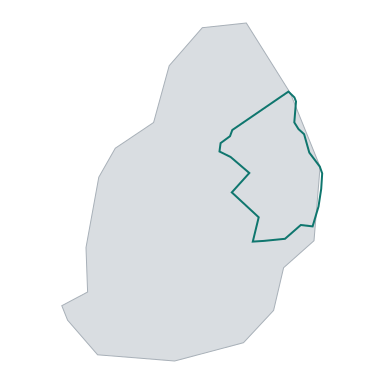 location of Flacq within Mauritius
{"feature_id": "MUS-5184", "entity_name": "Flacq", "entity_type": "District", "adm_level": 1, "iso_a3": "MUS", "parent_name": "Mauritius", "parent_adm1": "", "projection": "natural_earth1", "projection_center": [57.71, -20.212], "detail": "fine", "context": "in_parent", "style": "outline", "palette": "teal", "viewbox_px": 384, "rotation_deg": 0, "n_neighbors": 0, "source": "natural_earth", "source_scale": "10m", "svg_char_len": 716}
<svg xmlns="http://www.w3.org/2000/svg" viewBox="0 0 384 384"><path d="M243.5,342.7L174.6,361.0L97.6,354.8L67.6,320.2L61.8,305.7L87.6,292.0L86.0,247.6L98.8,177.2L115.3,148.2L153.6,122.5L169.2,65.7L202.3,27.7L246.3,23.0L290.3,93.1L320.1,166.8L314.0,240.7L283.6,267.7L273.6,310.4L243.5,342.7Z" fill="#d9dde1" stroke="#a8b0b8" stroke-width="1"/><path d="M288.4,91.6L294.4,97.4L296.0,101.5L294.3,122.4L298.5,129.1L304.1,134.2L309.3,152.6L319.8,166.6L322.2,173.4L321.2,188.9L318.5,206.6L312.6,226.4L300.8,225.0L285.0,238.8L263.9,240.9L252.8,241.6L258.7,217.3L231.8,192.4L249.3,173.0L230.6,157.0L219.5,151.5L219.8,148.9L220.6,143.1L230.0,136.2L232.3,130.0L288.4,91.6Z" fill="none" stroke="#0f766e" stroke-width="2"/></svg>